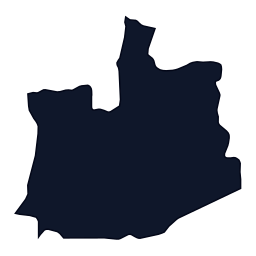 the Province of Phra Nakhon Si Ayutthaya
{"feature_id": "THA-412", "entity_name": "Phra Nakhon Si Ayutthaya", "entity_type": "Province", "adm_level": 1, "iso_a3": "THA", "parent_name": "Thailand", "parent_adm1": "", "projection": "albers", "projection_center": [100.547, 14.398], "detail": "fine", "context": "isolated", "style": "filled", "palette": "ink", "viewbox_px": 256, "rotation_deg": 0, "n_neighbors": 0, "source": "natural_earth", "source_scale": "10m", "svg_char_len": 2041}
<svg xmlns="http://www.w3.org/2000/svg" viewBox="0 0 256 256"><path d="M15.4,213.3L25.7,199.3L28.1,194.1L27.8,185.2L35.5,155.7L38.1,133.8L38.3,126.3L37.4,123.7L36.1,121.4L33.9,118.4L29.4,110.3L28.7,106.0L27.9,93.9L33.1,92.6L37.1,93.0L38.4,92.6L43.5,89.9L45.4,89.8L57.2,92.0L60.2,91.7L65.7,90.2L68.6,90.0L71.8,90.4L73.1,90.0L79.5,86.5L81.7,85.9L87.8,85.3L88.9,85.8L89.8,86.5L90.5,87.4L90.9,88.2L91.2,88.8L91.5,90.3L91.6,91.7L91.7,95.0L91.5,96.5L91.5,106.3L91.6,107.9L92.1,109.1L93.0,109.9L94.2,110.1L98.3,109.3L99.7,109.3L100.5,109.4L104.1,110.5L107.9,112.1L109.3,112.1L110.8,111.6L119.6,106.0L120.5,99.7L119.2,71.4L118.8,68.7L118.2,66.8L117.5,65.7L117.1,64.3L117.0,62.8L118.3,60.4L119.9,58.1L124.7,37.4L126.0,26.4L124.9,22.2L125.7,17.0L129.9,19.9L135.7,20.4L137.4,21.4L138.7,22.8L141.2,25.0L143.4,26.0L155.0,28.6L148.1,48.5L147.6,54.3L148.4,55.3L152.3,58.4L153.1,59.5L153.8,60.9L154.7,64.5L155.2,65.9L156.0,67.1L157.1,68.1L158.5,69.0L159.7,69.7L160.5,70.0L163.0,70.6L166.2,70.8L172.6,70.4L175.6,69.8L178.2,69.0L186.8,65.4L190.2,63.4L192.8,62.5L195.6,62.0L197.1,61.8L203.0,62.3L210.6,61.9L213.2,62.1L217.9,63.2L219.7,64.1L220.8,65.0L221.3,66.9L221.5,69.4L220.9,75.7L220.6,77.2L220.1,78.5L219.3,79.5L218.3,80.2L215.8,81.1L215.2,82.5L215.5,84.9L219.2,92.8L219.8,94.7L219.8,95.7L216.9,108.9L216.8,110.3L217.2,113.2L218.2,116.7L218.1,122.3L218.7,124.0L219.5,125.2L226.5,131.1L228.2,133.1L229.0,135.0L229.1,136.5L229.1,138.1L228.4,142.8L227.7,145.6L224.5,153.5L224.4,155.8L225.0,157.0L226.1,157.8L227.5,158.0L230.8,158.0L233.7,157.6L235.3,157.8L236.6,158.4L238.8,160.0L239.6,161.6L240.2,163.3L239.9,172.0L240.6,179.3L240.6,188.4L178.4,218.0L176.4,219.4L168.8,226.2L164.3,232.0L162.0,233.0L158.5,234.2L140.1,238.2L138.6,238.1L137.2,237.7L134.6,236.4L131.5,234.6L130.1,234.2L128.3,234.4L120.4,238.4L118.6,239.0L116.5,239.0L104.4,237.8L63.7,237.9L59.9,233.4L57.4,231.6L48.3,229.2L46.1,229.3L44.4,229.9L40.3,234.5L38.6,236.9L38.6,221.4L37.7,219.4L36.3,217.2L29.9,215.4L19.5,214.2L15.4,213.3Z" fill="#0f172a" stroke="#020617" stroke-width="1.5"/></svg>